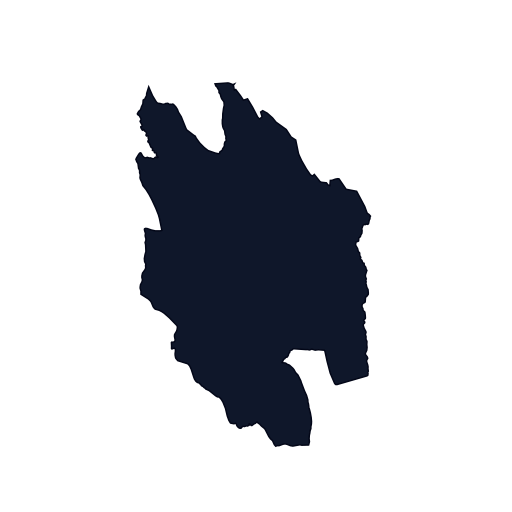 outline of Loima, Rift Valley, Kenya, rotated 160°
{"feature_id": "3690345B72596484741491", "entity_name": "Loima", "entity_type": "district", "adm_level": 2, "iso_a3": "KEN", "parent_name": "Kenya", "parent_adm1": "Rift Valley", "projection": "equal_earth", "projection_center": [35.181, 3.01], "detail": "fine", "context": "isolated", "style": "filled", "palette": "ink", "viewbox_px": 512, "rotation_deg": 160, "n_neighbors": 0, "source": "geoboundaries", "source_scale": "gbopen_adm2", "svg_char_len": 6123}
<svg xmlns="http://www.w3.org/2000/svg" viewBox="0 0 512 512"><g transform="rotate(160 256 256)"><path d="M299.0,451.6L303.1,446.2L304.1,444.0L305.8,442.6L306.4,441.7L308.7,441.1L310.3,437.6L312.5,435.5L314.1,433.4L314.9,432.7L316.8,432.0L318.8,430.3L318.9,430.0L318.8,429.3L317.7,427.8L317.1,424.2L317.7,423.1L318.5,422.6L318.9,422.0L318.3,418.5L318.4,417.5L318.9,416.9L320.1,416.8L320.3,415.9L319.8,413.3L319.4,412.9L318.3,413.3L318.1,412.8L318.0,411.6L317.3,410.9L316.9,409.8L316.9,408.6L317.9,407.5L318.1,406.9L317.7,406.1L316.8,406.2L316.3,405.7L316.9,404.0L317.2,401.6L318.3,401.0L318.5,400.2L317.7,398.8L317.5,394.4L317.3,393.8L316.4,392.6L316.5,391.9L317.2,390.9L316.9,390.4L315.8,389.7L316.1,388.1L315.9,387.6L314.8,387.3L314.6,386.5L315.1,384.2L314.2,382.4L315.0,382.1L316.7,383.3L318.5,382.5L319.5,382.5L321.6,384.3L322.8,384.6L324.4,385.9L326.4,386.0L327.3,386.7L328.3,388.7L328.8,392.0L329.3,392.5L330.1,392.5L331.4,391.7L334.9,388.9L335.8,387.9L335.8,385.4L335.3,383.3L336.4,378.3L336.1,377.2L336.2,375.9L336.9,374.1L337.0,371.9L338.3,369.1L338.4,367.6L338.1,364.0L338.2,360.8L336.6,356.1L335.4,350.5L334.6,344.5L333.8,335.2L333.6,328.1L333.9,324.2L335.7,312.2L337.6,312.4L342.1,314.1L345.4,316.2L348.7,318.9L350.2,319.7L351.3,319.7L351.7,319.4L352.0,318.0L352.1,315.1L353.1,313.3L353.4,312.0L353.5,310.1L354.1,308.4L355.6,306.6L355.9,304.3L357.9,297.9L359.7,295.4L361.8,291.8L362.6,288.8L362.3,286.1L363.1,284.7L363.6,282.8L364.6,281.4L368.5,278.7L370.0,276.4L370.6,274.8L370.9,272.3L372.1,270.6L374.3,268.6L375.5,266.4L375.9,265.3L376.1,262.3L377.2,259.4L371.8,252.4L370.5,249.7L370.2,248.3L370.0,243.5L369.3,241.2L368.7,240.4L365.5,238.1L363.5,235.9L361.9,233.7L358.5,227.5L354.1,217.7L354.1,216.2L355.3,213.9L356.4,212.5L359.3,210.1L359.7,209.4L360.2,208.0L360.6,205.2L361.2,203.9L361.9,203.3L363.8,203.4L364.5,203.9L365.1,203.6L366.2,200.0L367.0,198.0L366.8,197.4L364.4,197.4L363.8,196.6L363.7,195.9L364.2,194.3L365.4,192.0L365.9,190.5L366.3,188.3L366.3,187.2L365.3,184.4L357.3,178.3L356.7,177.5L355.9,175.3L355.6,171.7L355.9,163.6L355.9,161.5L355.4,159.1L354.4,157.3L352.7,156.0L352.5,155.1L351.9,154.4L351.6,152.8L350.4,151.5L349.7,150.0L348.9,149.0L348.7,148.2L346.0,145.5L341.7,138.4L340.4,136.8L339.6,136.6L339.1,136.1L338.4,135.1L337.6,133.0L337.0,129.8L336.8,123.2L337.7,115.5L337.7,110.9L337.2,108.1L336.9,107.6L334.1,105.9L332.3,105.8L332.0,105.3L332.0,103.1L331.6,101.7L330.8,100.3L329.8,99.5L328.6,99.4L328.4,99.7L326.6,100.5L325.2,99.7L322.9,99.7L322.4,99.2L320.9,99.2L320.2,99.4L320.0,100.5L319.7,100.6L319.3,100.5L318.5,98.4L317.8,98.1L315.3,98.9L313.8,99.0L311.8,99.8L311.2,98.3L310.1,96.9L309.0,94.3L307.2,91.3L306.7,90.0L305.7,81.9L304.9,79.2L303.6,76.8L303.3,72.5L302.5,70.5L301.1,70.6L299.2,69.9L294.9,69.9L292.9,69.5L291.2,68.4L288.5,66.0L286.4,64.8L279.3,63.6L277.8,62.6L271.2,60.4L269.3,63.2L268.6,66.2L267.2,69.3L266.2,70.9L264.9,73.3L263.5,75.0L262.8,76.9L261.4,79.2L260.4,81.6L259.4,85.4L258.6,89.9L258.2,93.9L258.2,95.8L257.8,96.7L257.3,99.1L257.2,100.9L256.5,103.1L256.2,107.6L256.6,112.9L256.7,121.2L256.6,123.5L257.3,129.8L258.7,133.0L259.2,136.3L259.8,138.0L261.9,142.0L263.9,143.8L264.7,145.1L265.4,145.6L267.9,146.8L268.0,147.0L266.5,148.3L265.6,149.4L264.1,149.7L262.9,150.5L261.2,150.4L260.7,150.7L259.3,152.0L258.7,153.2L257.5,153.7L256.4,155.3L254.1,155.5L252.6,156.1L240.9,150.9L239.8,150.6L237.8,149.4L235.4,149.4L232.6,147.3L229.5,146.6L224.0,144.1L223.8,143.0L225.2,132.7L226.3,120.6L225.7,109.5L225.2,108.1L223.9,107.5L192.7,105.4L191.7,105.7L190.9,107.3L190.9,108.3L189.9,109.3L189.3,111.9L188.6,113.6L188.3,115.4L188.2,118.7L187.9,119.7L187.4,120.5L186.1,121.5L186.0,121.9L186.0,123.3L186.7,125.5L186.8,126.6L186.0,127.7L184.2,129.5L182.9,132.1L182.2,134.9L181.0,137.7L181.0,139.0L181.2,140.0L180.1,142.8L180.1,144.8L178.8,146.5L178.6,147.5L179.1,151.2L178.9,154.4L178.3,155.3L177.0,155.8L176.6,156.2L176.4,156.9L176.9,158.7L176.8,159.0L174.7,159.8L174.3,160.6L173.7,162.6L173.0,165.6L173.0,166.4L173.9,168.0L173.8,169.0L173.5,170.2L173.8,171.4L173.6,172.4L173.1,173.7L172.4,174.5L171.3,175.0L169.9,175.1L169.1,175.5L167.2,179.7L165.7,180.2L163.7,181.5L163.1,182.8L162.2,186.2L162.5,187.8L162.5,189.6L162.2,191.1L162.2,192.6L161.3,194.1L161.1,195.8L160.2,196.7L160.2,199.1L159.7,200.7L156.7,204.6L157.0,205.6L156.7,208.0L157.5,210.3L157.0,211.7L157.0,212.3L158.0,213.0L158.0,215.7L158.9,217.3L158.8,217.8L158.0,218.8L158.3,221.1L157.6,223.2L157.6,223.7L158.2,224.8L158.3,225.5L158.0,228.2L158.7,232.2L157.3,234.9L154.9,234.9L154.4,235.1L153.3,237.7L151.3,238.5L150.3,239.9L148.7,241.2L147.6,243.6L147.3,245.4L144.9,248.3L143.9,248.7L142.7,248.1L141.7,248.4L140.4,247.6L139.5,247.7L139.0,248.2L137.3,251.0L136.3,251.9L135.4,253.8L134.8,254.3L135.6,256.4L136.7,257.9L136.9,258.8L136.9,265.3L139.3,282.4L148.5,287.9L151.6,300.1L152.8,300.7L155.2,301.1L158.7,301.1L160.3,301.6L162.5,296.9L164.0,298.1L164.8,300.7L169.3,302.9L170.4,304.0L173.3,312.7L175.6,311.8L177.1,313.7L178.9,320.6L180.5,330.0L181.0,335.8L181.0,338.0L179.0,351.4L182.3,355.8L184.3,364.5L191.4,374.9L193.2,380.1L196.6,386.4L200.0,390.3L202.4,389.7L202.7,384.7L205.8,383.5L206.6,385.2L206.9,386.0L208.3,396.8L210.2,406.6L214.5,406.7L215.8,412.0L218.1,419.4L219.4,419.3L219.2,419.8L219.5,420.5L219.0,422.6L219.3,423.7L217.5,425.0L219.0,424.9L222.0,427.5L223.1,428.2L235.6,431.8L235.6,429.5L235.0,428.6L234.2,424.4L234.2,423.8L234.8,422.6L234.8,422.0L234.2,420.1L234.5,417.8L234.5,416.2L234.3,414.9L233.4,411.9L234.3,408.5L236.0,405.9L238.6,400.9L240.2,396.8L241.1,395.4L242.4,391.8L243.0,388.8L243.0,387.1L242.6,384.6L243.4,381.0L243.3,378.7L244.2,376.5L244.3,375.1L244.7,374.4L245.9,374.0L246.6,373.3L247.4,372.1L248.2,370.0L250.7,368.1L251.6,366.9L254.3,366.2L255.3,364.7L257.1,365.4L259.1,366.7L265.0,371.5L267.6,375.7L270.2,381.3L271.9,387.2L272.1,389.4L273.3,390.9L278.0,398.3L278.2,400.1L278.6,412.4L279.7,417.7L279.7,420.6L280.4,423.7L281.7,426.7L282.4,427.3L283.5,427.3L284.2,427.8L285.4,427.9L286.1,429.1L286.8,429.7L288.9,430.2L289.7,430.0L291.4,430.3L294.1,432.2L295.8,433.0L296.6,433.9L297.1,435.4L298.4,442.0L299.0,451.6Z" fill="#0f172a" stroke="#020617" stroke-width="1.5"/></g></svg>